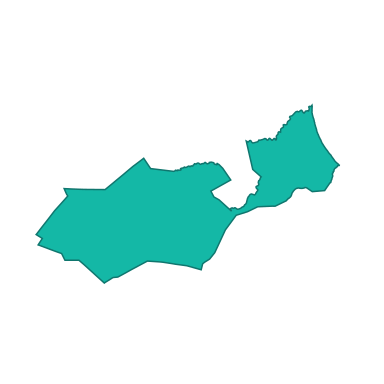 Magdalena Jaltepec, Oaxaca, Mexico, rotated 225°
{"feature_id": "50627088B54768587379535", "entity_name": "Magdalena Jaltepec", "entity_type": "district", "adm_level": 2, "iso_a3": "MEX", "parent_name": "Mexico", "parent_adm1": "Oaxaca", "projection": "albers", "projection_center": [-97.263, 17.244], "detail": "fine", "context": "isolated", "style": "filled", "palette": "teal", "viewbox_px": 384, "rotation_deg": 225, "n_neighbors": 0, "source": "geoboundaries", "source_scale": "gbopen_adm2", "svg_char_len": 5548}
<svg xmlns="http://www.w3.org/2000/svg" viewBox="0 0 384 384"><g transform="rotate(225 192 192)"><path d="M130.5,143.5L133.7,148.8L133.4,151.4L132.1,157.0L133.0,165.2L136.2,174.0L141.6,188.8L144.3,206.8L138.8,217.3L135.1,228.0L125.2,238.8L123.2,240.7L119.1,252.5L119.3,253.2L119.1,254.3L119.2,254.7L119.4,255.3L119.2,255.8L119.0,256.2L119.0,256.9L118.9,257.8L119.0,258.9L119.3,259.7L119.7,260.7L120.2,261.3L120.5,262.2L120.9,264.3L121.0,265.2L121.0,266.2L121.0,267.2L120.8,267.9L120.5,268.7L119.6,270.1L118.7,270.7L117.5,271.6L116.7,272.4L116.3,273.0L115.8,273.7L115.4,274.4L115.3,275.1L114.0,276.0L107.2,277.3L99.2,286.8L99.9,290.4L100.9,295.9L100.6,296.8L100.8,297.2L101.0,297.6L101.3,297.9L101.5,298.2L102.1,299.8L102.5,300.4L102.8,300.8L103.3,301.9L103.4,302.3L104.0,303.0L104.4,303.3L104.8,303.6L105.2,303.7L105.6,304.1L105.8,304.7L105.8,305.3L106.0,305.7L106.4,306.0L106.4,306.4L106.3,306.8L106.5,307.1L106.8,307.6L107.3,308.2L107.5,309.0L107.6,309.7L107.5,310.4L107.3,310.8L107.5,311.3L107.2,312.2L107.3,313.0L107.6,313.6L107.4,313.9L107.1,314.3L107.0,314.6L106.2,315.3L107.0,315.0L108.0,315.1L109.0,315.1L110.4,314.9L111.5,314.9L112.9,314.9L114.2,315.2L115.4,315.4L118.6,315.9L119.9,316.3L121.6,316.3L122.9,316.4L124.0,316.6L125.5,316.9L126.3,317.0L127.3,317.1L128.5,317.3L129.3,317.4L130.5,317.7L131.7,317.9L132.8,318.2L133.8,318.4L134.5,318.5L136.3,319.2L137.9,319.9L139.2,320.2L139.9,320.5L141.5,321.0L143.4,321.9L144.1,322.0L145.0,322.5L146.1,322.9L147.2,323.6L147.6,323.7L148.3,324.4L149.2,324.7L149.6,325.0L150.1,325.3L151.1,325.7L151.6,326.1L152.6,326.6L153.3,326.9L154.3,327.8L155.1,328.1L155.7,328.5L156.2,328.9L157.7,329.8L158.5,330.1L158.9,330.3L160.5,331.2L161.3,331.7L162.0,332.1L162.6,332.6L163.4,333.0L163.8,333.5L164.7,334.5L165.3,335.0L165.8,335.6L166.2,336.0L166.4,336.1L167.3,337.3L168.5,338.2L168.3,336.7L169.6,335.5L169.6,334.7L167.8,333.7L166.9,331.7L167.6,331.3L168.9,329.4L168.5,327.5L168.6,327.0L169.9,326.8L171.1,327.2L172.3,327.3L172.8,326.7L173.1,324.3L173.8,323.7L174.6,323.5L175.3,321.9L175.1,316.8L176.2,314.7L175.9,313.9L174.7,313.6L174.1,313.4L173.8,312.2L174.1,310.2L174.1,309.7L174.0,309.1L172.7,306.8L173.5,305.4L174.6,304.8L174.9,304.0L173.2,302.5L173.3,301.9L173.6,301.1L173.8,299.7L173.4,298.8L172.3,297.6L171.7,296.9L172.6,296.4L173.2,295.8L173.2,295.1L172.0,293.5L172.1,291.7L171.7,290.9L170.1,289.7L169.4,288.6L169.5,288.1L170.0,287.9L171.1,288.4L171.8,287.9L171.8,285.4L172.1,285.1L174.3,285.0L175.0,284.9L175.3,284.3L175.1,282.2L175.8,281.8L177.5,281.9L178.4,281.2L179.0,279.4L180.6,276.6L181.4,276.1L181.0,274.1L183.1,270.4L183.8,269.6L184.8,269.4L186.3,269.8L187.0,269.8L187.6,269.0L187.5,267.9L187.7,267.0L189.0,266.6L189.7,266.4L165.8,251.4L165.0,250.9L153.8,251.6L153.8,251.4L153.9,251.1L153.7,250.6L153.5,250.2L153.3,249.6L152.9,249.0L152.7,248.2L152.8,247.1L152.4,246.5L152.1,245.8L151.3,245.2L150.6,244.9L150.2,244.6L149.9,243.9L149.9,243.3L149.9,242.8L150.1,242.5L150.3,242.0L150.5,241.2L149.9,240.5L149.2,240.2L148.5,240.2L147.9,240.1L147.5,240.2L147.0,240.1L146.5,239.3L146.5,238.7L146.4,238.2L146.2,237.1L146.0,236.3L145.7,235.6L145.6,234.8L145.8,234.0L146.6,233.7L147.4,233.3L148.1,232.9L148.7,232.5L149.1,231.5L149.1,230.5L148.9,229.9L148.8,229.2L148.8,228.3L148.5,227.7L148.3,226.9L145.7,222.5L145.5,221.4L145.7,220.1L145.4,219.0L145.2,218.3L145.9,216.7L146.0,215.4L146.2,214.6L146.6,213.6L147.0,212.8L147.7,211.9L148.6,211.7L149.7,211.5L150.2,211.4L150.8,210.8L151.0,209.9L151.4,209.5L152.0,209.4L152.4,209.1L152.8,208.4L152.9,208.1L152.9,207.5L152.9,207.2L153.1,206.9L153.4,206.5L152.9,206.6L152.2,206.9L150.5,206.4L167.3,205.6L173.0,204.0L179.3,206.0L173.1,227.9L187.0,230.5L192.4,230.5L192.8,230.3L194.2,230.1L194.4,229.9L194.3,229.7L194.2,229.4L193.7,229.1L193.9,228.7L194.3,228.4L194.8,228.4L195.4,227.7L196.0,227.6L196.6,227.7L196.9,228.0L197.2,228.0L197.8,227.8L198.3,227.6L198.7,227.1L199.6,226.7L199.8,226.2L200.1,226.0L200.6,225.2L200.2,224.9L200.2,224.7L200.9,223.0L201.3,222.6L202.1,222.5L202.4,222.4L203.5,222.3L203.7,222.1L203.7,221.8L203.8,221.1L203.9,220.7L203.9,220.2L204.5,219.7L204.7,219.4L205.0,219.0L205.2,218.5L205.3,218.2L205.4,217.8L205.6,217.5L206.2,217.3L206.8,217.2L207.3,217.2L208.0,216.9L208.4,216.5L208.6,216.1L208.6,215.9L208.8,215.5L208.9,214.9L208.9,214.6L209.8,214.1L210.2,213.8L210.2,213.5L209.9,212.9L210.0,212.5L210.1,212.0L210.1,211.5L209.8,210.9L210.0,210.6L210.5,210.2L211.1,209.9L211.1,208.9L211.7,208.3L212.5,208.2L212.9,207.4L213.4,205.5L213.9,204.8L214.5,204.5L215.1,204.2L214.9,203.5L215.4,202.7L215.5,202.3L216.0,201.8L216.2,201.4L216.5,200.8L216.6,200.5L216.1,200.3L215.5,200.0L215.7,199.5L215.7,199.1L216.0,198.9L216.4,198.6L216.6,198.2L217.4,197.7L217.6,197.4L217.3,197.0L217.7,196.4L218.2,196.3L218.7,196.1L219.1,195.7L219.0,195.4L219.0,194.9L219.3,194.0L219.7,193.5L237.3,179.7L237.8,179.3L238.2,179.4L238.9,179.5L243.5,180.4L250.0,181.7L250.6,177.2L251.4,171.4L251.8,168.7L251.9,167.8L252.2,164.4L253.0,155.0L253.8,146.7L254.2,142.1L255.1,132.9L255.1,132.3L258.0,129.5L262.5,125.0L264.6,123.0L265.7,121.9L268.1,119.5L270.9,116.8L274.4,113.5L279.7,108.6L284.8,104.0L281.3,102.6L278.6,101.6L278.1,101.6L277.4,101.5L277.0,101.2L276.7,96.7L275.9,81.6L274.6,71.7L273.2,60.2L272.2,52.8L272.1,51.7L265.0,53.3L263.4,45.8L246.1,53.7L240.7,56.3L233.6,53.9L223.7,63.8L216.9,64.3L189.6,65.6L189.5,66.5L187.8,73.7L187.5,75.2L187.1,76.0L184.3,79.4L182.9,84.0L179.8,94.8L174.7,111.6L165.8,119.4L163.4,121.4L159.9,124.0L155.8,127.0L152.4,129.4L148.5,132.4L143.5,136.2L130.5,143.5Z" fill="#14b8a6" stroke="#0f766e" stroke-width="1.5"/></g></svg>